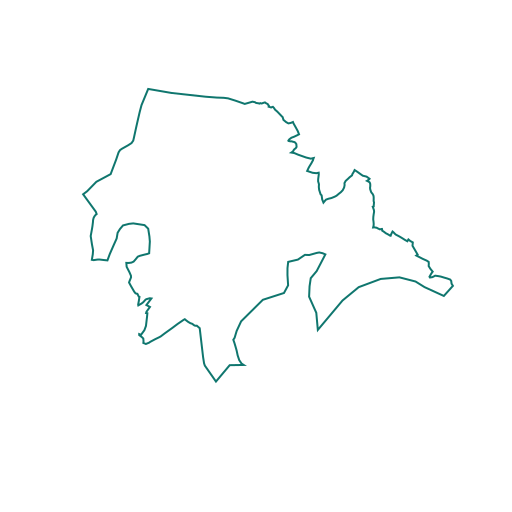 the district of Mbatoli, Imo, Nigeria, rotated 33°
{"feature_id": "59680162B59739898555342", "entity_name": "Mbatoli", "entity_type": "district", "adm_level": 2, "iso_a3": "NGA", "parent_name": "Nigeria", "parent_adm1": "Imo", "projection": "natural_earth1", "projection_center": [7.055, 5.587], "detail": "fine", "context": "isolated", "style": "outline", "palette": "teal", "viewbox_px": 512, "rotation_deg": 33, "n_neighbors": 0, "source": "geoboundaries", "source_scale": "gbopen_adm2", "svg_char_len": 4605}
<svg xmlns="http://www.w3.org/2000/svg" viewBox="0 0 512 512"><g transform="rotate(33 256 256)"><path d="M164.0,347.4L167.3,349.2L173.2,352.2L175.2,352.9L176.2,352.7L177.1,352.3L179.8,353.9L180.6,353.8L180.8,354.4L182.3,357.7L183.6,360.9L184.2,361.5L185.9,358.2L186.6,356.2L187.1,353.0L187.5,352.0L189.9,349.3L191.4,348.6L190.8,356.8L193.4,356.6L194.8,356.5L194.5,362.3L194.9,363.7L196.1,363.2L197.6,366.1L201.8,374.6L202.8,379.0L202.5,384.7L200.6,385.1L201.1,385.9L202.3,386.0L204.6,386.2L206.4,386.6L208.0,388.6L208.9,390.3L211.5,389.8L213.5,387.0L214.1,385.5L216.8,380.6L219.1,376.8L219.9,375.3L221.6,370.6L225.0,361.9L227.3,355.6L230.1,348.9L230.7,347.8L232.3,348.0L234.9,348.2L237.5,348.1L239.5,347.6L241.8,347.8L243.0,347.6L244.3,346.7L248.1,347.2L266.6,369.5L270.9,374.3L272.8,375.8L290.8,383.1L293.4,361.9L305.0,354.1L302.5,354.1L298.7,352.5L294.7,349.3L291.2,345.8L288.0,343.0L285.3,340.7L282.6,338.6L282.6,336.2L280.6,329.4L279.1,318.9L285.6,289.0L299.6,271.8L298.9,263.1L292.8,254.9L289.0,249.0L286.2,243.4L293.1,236.2L296.4,228.4L300.1,226.2L305.2,220.4L307.1,218.6L310.3,217.4L313.3,216.9L315.1,235.6L314.0,244.8L317.4,252.2L322.7,261.2L337.5,270.8L348.1,284.3L352.8,246.2L359.1,226.2L373.1,207.3L387.9,195.8L403.7,190.5L414.3,190.3L435.3,187.2L437.4,173.8L435.1,172.7L433.3,170.6L431.7,170.0L429.5,170.5L428.3,170.8L425.7,171.6L422.2,172.6L419.8,173.6L417.0,174.9L416.2,176.4L415.4,177.7L413.6,179.3L412.8,178.9L412.6,175.8L412.6,174.7L412.7,172.9L409.3,171.8L406.3,170.4L405.1,168.3L404.0,166.9L401.7,166.9L397.3,167.6L394.1,167.9L391.3,168.2L390.2,168.3L390.8,166.8L383.7,163.2L381.7,162.2L380.1,159.2L377.2,159.4L374.8,159.1L374.9,161.2L371.9,161.4L369.4,161.4L366.1,161.5L363.7,161.7L361.8,161.9L360.7,161.8L358.2,161.2L357.2,161.1L357.3,162.4L357.5,164.1L357.9,165.7L357.5,165.9L356.3,165.9L354.4,166.0L352.5,166.2L350.2,166.0L348.0,166.0L347.6,165.4L346.9,164.7L346.5,165.0L345.4,166.2L344.5,166.3L343.3,166.5L341.7,166.6L340.5,167.2L339.7,167.4L339.1,168.0L338.7,168.3L338.0,166.3L337.1,164.8L335.7,163.0L334.4,161.5L333.1,159.3L331.9,156.8L331.0,154.7L330.5,154.0L329.9,153.3L328.4,152.1L327.1,151.1L327.7,150.3L327.1,149.3L326.6,148.3L325.8,146.8L324.7,145.8L324.1,144.8L322.6,142.5L321.5,141.3L319.9,140.4L318.5,140.0L317.8,139.7L316.5,138.7L315.3,137.7L314.4,136.5L313.9,135.4L313.1,134.1L312.3,133.1L311.6,132.6L311.0,132.3L309.1,132.4L308.2,132.5L308.3,132.3L309.2,129.9L309.2,129.4L305.5,129.2L301.8,130.5L298.9,130.4L295.1,130.2L291.9,130.2L292.2,132.5L292.2,134.6L292.6,136.1L291.6,139.0L291.1,141.2L290.3,144.2L290.5,146.7L291.7,148.3L292.6,150.6L292.9,153.6L292.4,156.3L291.7,158.3L290.7,161.6L289.7,163.4L287.7,166.3L285.6,168.5L284.0,170.6L283.8,171.9L283.5,174.5L280.7,172.5L278.0,169.4L276.6,169.1L272.9,166.1L271.1,163.9L269.7,161.5L267.4,159.5L266.3,157.7L264.8,154.6L264.1,153.2L263.2,152.0L261.5,153.7L258.1,155.4L252.6,156.8L252.3,154.7L252.1,153.3L252.0,151.6L251.9,147.8L251.7,145.8L251.7,144.9L251.3,143.7L251.0,142.4L249.0,144.5L244.4,146.1L236.1,148.1L232.1,148.8L229.3,150.0L229.8,148.8L230.1,147.5L229.9,146.5L230.1,145.3L230.6,144.0L230.6,142.4L228.9,140.2L227.1,139.5L225.9,139.6L224.9,140.0L223.5,140.4L222.2,141.2L220.6,141.8L220.3,141.6L220.4,140.0L221.3,137.5L223.0,135.2L224.9,132.1L225.8,130.5L223.0,128.5L219.3,126.5L215.1,124.3L214.0,123.5L212.8,125.3L211.0,127.1L210.2,127.2L208.3,127.3L206.7,127.1L204.9,126.9L202.7,125.0L202.0,124.9L195.2,123.3L192.3,122.9L190.5,122.1L188.9,121.7L188.4,122.2L187.8,123.2L186.2,123.6L185.3,123.9L184.9,122.9L183.7,122.6L183.1,122.2L181.2,122.4L179.9,122.3L179.5,122.7L178.6,123.8L177.8,124.9L177.4,125.2L176.3,125.5L175.9,126.3L174.6,126.7L173.4,127.3L172.6,127.6L171.3,127.6L169.0,128.5L165.9,132.1L163.7,134.6L161.9,135.0L154.2,136.9L146.7,139.0L142.8,140.9L136.8,144.5L127.1,149.8L96.3,165.3L74.6,174.6L77.8,191.8L80.0,198.5L83.6,208.4L85.6,213.8L89.2,223.3L90.2,226.1L90.1,229.1L88.5,232.7L85.1,239.2L84.3,241.2L84.3,243.9L86.2,251.3L89.5,266.5L81.7,280.7L79.1,293.7L77.4,298.4L97.5,306.1L99.5,307.6L99.1,308.8L98.9,310.8L99.1,312.6L99.8,314.6L100.8,316.4L102.6,320.1L103.7,322.6L106.5,329.3L112.1,335.6L116.3,340.0L118.2,343.5L120.4,348.6L122.1,347.9L124.9,345.4L126.8,344.1L130.5,342.3L133.8,340.6L132.3,334.0L130.8,324.9L129.6,317.2L127.3,311.9L127.2,307.5L127.8,302.8L132.0,298.2L135.3,295.5L145.7,290.8L150.7,291.8L156.0,297.7L159.1,301.7L164.9,311.9L163.8,313.4L161.4,315.9L158.4,319.2L157.2,321.0L156.8,324.8L156.4,327.4L155.1,329.4L153.0,331.2L151.0,332.4L153.4,335.5L158.8,338.6L161.8,340.6L162.8,341.9L163.2,343.8L163.7,346.4L164.0,347.4Z" fill="none" stroke="#0f766e" stroke-width="2"/></g></svg>